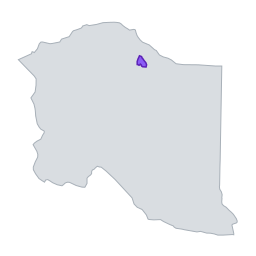 where Budaka sits in Uganda, rotated 271°
{"feature_id": "UGA-5594", "entity_name": "Budaka", "entity_type": "County", "adm_level": 1, "iso_a3": "UGA", "parent_name": "Uganda", "parent_adm1": "", "projection": "orthographic", "projection_center": [33.979, 1.049], "detail": "fine", "context": "in_parent", "style": "filled", "palette": "violet", "viewbox_px": 256, "rotation_deg": 271, "n_neighbors": 0, "source": "natural_earth", "source_scale": "10m", "svg_char_len": 2466}
<svg xmlns="http://www.w3.org/2000/svg" viewBox="0 0 256 256"><g transform="rotate(271 128 128)"><path d="M191.6,220.7L187.3,220.7L180.4,220.7L173.5,220.7L166.5,220.7L159.6,220.7L152.7,220.7L145.8,220.7L138.8,220.7L131.9,220.7L125.0,220.7L118.1,220.7L111.1,220.7L104.2,220.7L97.3,220.7L90.4,220.6L83.4,220.6L76.5,220.6L72.4,220.6L71.6,220.5L71.0,220.4L68.4,220.8L65.7,222.5L62.9,223.3L59.8,223.0L59.4,223.2L57.8,223.1L55.6,223.0L53.6,223.4L52.0,224.9L50.5,227.5L47.6,230.4L45.4,233.0L43.5,234.9L39.2,237.9L36.9,238.8L35.7,238.7L35.0,238.1L33.6,234.2L32.8,233.6L24.4,235.6L23.1,235.6L23.3,234.4L22.6,225.2L22.5,219.6L23.6,216.1L24.3,212.0L24.3,208.5L25.9,202.4L25.3,198.7L27.3,186.0L27.8,183.9L28.6,177.7L29.8,175.8L30.9,175.0L32.3,171.3L35.1,165.2L37.0,162.1L36.6,155.3L36.9,150.6L37.3,149.6L41.4,147.9L46.7,143.6L48.9,138.6L52.1,135.4L58.2,133.3L76.3,116.0L84.7,106.7L88.4,101.9L88.5,100.2L89.2,97.9L87.7,96.2L86.0,94.6L85.4,93.1L83.9,92.4L81.7,92.4L80.3,91.3L78.7,89.2L77.1,87.9L71.9,88.0L68.0,85.9L68.1,82.9L69.6,77.2L72.6,70.6L72.8,68.8L72.4,67.2L71.7,65.9L70.3,64.6L69.1,63.0L70.0,58.3L72.0,53.6L73.5,51.3L75.0,48.7L74.6,46.6L72.4,45.5L73.6,43.4L75.9,39.9L80.6,36.4L84.6,34.1L87.3,34.0L92.6,35.9L97.3,38.2L100.0,38.3L103.1,37.3L109.7,33.4L111.3,34.7L113.2,37.1L115.3,41.0L119.4,42.8L121.4,44.1L122.8,44.4L123.6,44.1L125.2,41.0L127.1,39.3L130.6,37.2L138.4,35.5L143.9,35.0L146.2,34.6L150.2,33.6L156.4,30.4L162.4,34.5L169.1,35.3L175.5,35.3L177.4,34.0L178.6,33.1L185.3,26.3L194.4,17.2L200.5,30.1L202.6,30.8L202.3,32.0L201.8,33.0L205.7,36.1L210.6,37.8L212.4,39.4L212.5,41.1L210.9,48.6L211.2,50.8L212.8,58.3L215.7,60.0L218.3,67.6L223.5,70.9L224.3,71.8L225.5,75.5L227.1,79.5L228.3,80.5L229.1,80.7L230.6,85.0L229.7,87.4L231.0,94.7L232.9,101.2L233.4,109.1L233.5,112.5L233.4,114.6L233.0,117.6L232.0,119.3L230.4,121.0L228.5,123.6L226.9,126.4L225.9,127.8L226.7,132.0L226.5,133.1L226.0,133.7L223.7,134.3L220.7,135.4L218.8,136.6L216.2,138.7L214.1,141.0L211.4,147.8L206.8,153.1L206.0,154.9L201.6,158.1L199.7,162.0L198.5,166.7L196.8,170.2L193.1,174.9L192.3,182.3L192.4,197.1L191.5,214.1L191.6,220.7Z" fill="#d9dde1" stroke="#a8b0b8" stroke-width="1"/><path d="M200.4,138.2L199.8,140.0L199.2,140.6L198.4,140.7L198.0,141.3L195.7,142.9L193.6,144.7L191.5,145.5L189.3,145.0L189.5,141.5L190.1,140.6L191.5,140.0L192.1,139.2L191.3,138.7L190.9,137.9L191.4,137.2L191.6,136.1L194.6,136.0L197.2,136.8L198.7,137.5L200.4,138.2Z" fill="#8b5cf6" stroke="#5b21b6" stroke-width="1.5"/></g></svg>